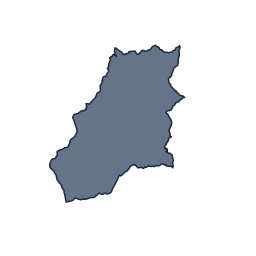 Vintileasca, Vrancea, Romania (orthographic projection), rotated 308°
{"feature_id": "2599482B81122424257494", "entity_name": "Vintileasca", "entity_type": "district", "adm_level": 2, "iso_a3": "ROU", "parent_name": "Romania", "parent_adm1": "Vrancea", "projection": "orthographic", "projection_center": [26.718, 45.626], "detail": "fine", "context": "isolated", "style": "filled", "palette": "slate", "viewbox_px": 256, "rotation_deg": 308, "n_neighbors": 0, "source": "geoboundaries", "source_scale": "gbopen_adm2", "svg_char_len": 5840}
<svg xmlns="http://www.w3.org/2000/svg" viewBox="0 0 256 256"><g transform="rotate(308 128 128)"><path d="M124.2,187.5L125.1,187.3L125.7,187.3L125.8,187.0L125.7,186.8L126.6,186.2L127.1,185.5L128.3,184.5L130.2,183.8L131.6,181.9L133.9,179.4L133.8,176.2L132.7,174.6L132.8,173.4L132.6,172.6L133.5,172.6L133.9,173.3L135.1,172.3L134.6,171.7L134.5,170.3L135.6,170.7L134.9,168.8L135.0,168.6L135.5,168.2L136.8,168.1L137.5,168.4L138.9,167.9L139.3,168.2L140.0,167.6L140.4,167.7L143.3,167.5L143.5,167.4L143.9,166.9L144.5,166.6L145.3,166.5L146.6,167.1L146.8,167.0L147.4,167.5L147.7,167.3L147.6,167.0L147.8,166.3L147.7,165.9L148.9,165.1L151.4,162.0L152.3,161.5L152.8,161.3L156.7,160.5L156.8,160.2L157.0,160.0L157.6,160.0L157.8,159.7L158.7,159.5L160.4,157.8L160.5,157.7L160.6,157.4L161.1,156.6L161.2,156.0L161.5,155.3L161.8,153.9L162.4,153.1L162.8,151.8L163.2,151.3L163.4,150.8L163.4,150.6L163.2,150.0L163.5,149.0L163.5,148.7L164.0,148.6L164.3,148.3L165.0,148.0L166.2,148.9L167.0,149.2L167.2,149.4L167.2,149.8L167.2,150.0L168.3,150.6L169.1,150.9L169.6,150.7L170.1,150.9L170.5,150.6L171.4,150.4L172.6,149.8L173.5,150.2L174.8,150.6L175.0,150.6L175.7,150.1L176.5,150.5L177.5,150.2L178.1,150.2L178.4,150.5L179.0,151.3L179.4,151.5L180.7,151.8L182.7,151.8L183.3,152.5L183.7,152.6L185.1,152.6L186.1,153.1L186.3,153.5L186.6,153.5L186.9,153.6L187.1,152.6L187.1,151.8L186.2,149.9L185.8,148.9L185.7,148.4L185.8,147.7L186.1,147.0L186.0,144.9L186.9,143.6L186.1,142.9L185.9,142.5L186.4,142.1L186.6,141.6L186.7,140.5L187.0,139.1L186.9,138.3L187.3,137.2L187.1,136.4L187.1,136.1L187.3,135.7L188.1,135.2L188.6,134.7L188.7,134.4L188.7,132.7L189.9,131.3L191.7,129.6L192.2,129.4L192.7,129.4L193.4,129.9L193.8,130.0L194.1,130.0L194.5,129.7L195.6,130.2L195.9,130.2L196.9,129.7L198.0,128.8L198.4,128.7L199.0,128.8L200.3,128.2L201.1,128.1L202.4,127.6L203.0,127.5L203.8,127.3L204.6,127.6L205.8,127.7L206.7,128.1L207.0,128.1L207.5,128.5L207.8,128.6L208.6,128.0L210.7,127.4L211.2,126.7L211.6,126.3L212.9,125.6L213.2,125.2L213.8,124.9L217.1,123.5L218.7,122.2L218.9,121.7L219.6,121.2L220.0,120.6L220.6,120.3L221.5,120.3L224.0,119.0L224.4,118.0L223.5,118.1L221.0,116.5L219.6,116.8L218.1,116.8L216.9,116.1L216.5,115.9L215.6,116.0L215.0,115.9L212.6,113.8L212.1,113.0L212.0,112.6L210.5,110.6L210.1,109.7L210.2,108.4L210.1,107.7L210.2,106.8L210.4,106.4L210.4,106.0L209.5,105.1L209.4,104.8L209.5,104.2L210.3,103.5L210.5,102.5L210.4,101.4L209.9,100.4L210.1,98.7L207.5,97.3L205.7,97.1L203.9,97.4L203.5,97.3L202.2,96.1L200.1,95.3L199.5,94.8L199.1,94.3L198.6,92.6L198.1,91.5L194.3,91.0L192.6,91.0L191.8,89.2L192.9,86.3L191.5,84.6L190.6,83.6L190.2,83.1L188.7,81.9L187.9,81.9L187.4,82.3L185.6,81.2L185.4,80.6L183.8,80.4L183.6,80.2L183.6,79.5L183.4,78.1L183.4,77.2L183.9,76.4L183.5,72.7L183.5,69.5L183.1,68.5L180.3,70.2L179.9,70.2L179.3,71.1L178.4,72.9L177.9,73.7L177.5,74.5L177.3,74.3L177.5,73.2L177.4,72.9L177.1,72.5L177.2,71.3L176.1,71.1L174.8,71.4L174.6,71.3L174.0,70.8L173.6,70.7L172.7,71.1L172.3,70.4L172.0,70.3L171.8,70.4L171.5,71.7L171.3,72.1L170.0,72.4L169.7,72.6L169.2,72.7L168.6,73.0L167.5,73.0L166.4,73.7L165.6,74.0L165.4,74.3L163.5,75.1L162.0,75.4L162.0,76.4L161.9,76.7L161.1,77.5L160.1,78.0L158.9,77.9L156.5,78.3L155.8,78.6L154.2,77.9L153.3,77.3L151.4,77.4L149.8,78.5L149.5,78.4L148.8,78.7L148.7,78.9L147.2,79.9L146.5,80.0L144.9,79.8L144.3,79.9L143.4,80.5L143.0,81.4L142.8,81.6L141.6,82.2L141.2,82.8L139.7,83.4L136.3,82.3L131.7,83.6L126.7,83.0L124.3,83.1L123.3,82.9L121.9,80.8L121.5,80.0L121.4,80.0L120.9,80.7L120.0,81.6L119.4,82.5L119.2,82.3L118.6,82.6L118.0,82.6L117.9,83.1L117.4,83.3L117.0,83.2L116.5,82.9L116.3,82.9L116.3,83.0L115.8,83.2L115.4,82.8L115.0,82.9L114.9,82.7L114.4,82.5L113.5,81.2L113.1,81.3L111.7,80.2L110.8,80.3L109.6,79.8L108.9,79.7L108.3,79.4L106.2,77.7L105.4,77.3L104.2,77.3L102.5,77.9L102.0,78.2L101.2,79.8L99.4,82.7L98.1,84.4L96.7,86.9L95.3,88.6L93.5,90.2L93.0,90.5L92.1,90.7L90.8,90.7L89.1,91.1L88.0,91.2L86.7,91.0L84.7,90.3L83.0,90.1L82.0,90.4L80.2,91.3L76.1,92.4L74.7,91.5L73.7,90.4L73.2,90.1L70.2,89.2L69.0,87.8L65.9,86.6L63.8,88.2L63.2,89.0L62.3,89.1L61.5,89.0L60.9,89.0L59.8,89.5L58.2,88.7L57.9,88.3L57.5,88.1L57.0,87.6L56.4,87.4L55.2,87.4L51.9,88.4L50.5,89.2L50.4,89.7L49.2,90.4L49.0,91.6L48.7,92.0L48.6,92.7L48.4,94.2L48.2,96.3L48.1,96.8L47.8,97.3L47.2,97.7L47.1,99.4L46.4,100.6L44.3,103.0L43.6,104.0L42.6,107.3L42.2,109.6L41.8,110.8L40.1,113.1L39.7,114.5L39.2,116.5L38.4,116.7L37.6,117.6L37.0,118.7L36.1,119.5L36.0,120.1L34.8,121.1L32.7,123.6L31.6,125.1L32.5,125.5L34.1,127.0L37.2,129.2L37.8,129.2L39.0,129.1L39.4,129.2L40.3,129.8L40.8,130.5L41.1,131.9L41.5,132.7L42.3,134.8L42.6,135.2L44.0,136.1L46.0,138.7L48.7,140.6L49.7,141.0L50.0,141.2L51.0,142.5L51.3,143.1L52.2,143.5L53.6,144.5L53.8,144.4L59.0,145.3L58.9,145.8L59.1,146.6L59.5,147.9L60.8,149.3L62.2,149.6L63.0,151.3L63.0,152.1L63.9,152.9L65.0,153.4L65.6,153.8L66.0,153.9L66.2,154.2L68.1,154.0L71.1,153.0L73.3,152.9L80.5,151.4L83.2,150.7L83.8,150.5L85.6,150.4L85.5,151.0L85.7,151.7L87.2,152.3L89.1,152.3L90.7,152.8L92.0,152.7L92.6,153.1L93.1,153.2L93.8,153.5L93.9,153.9L94.1,154.0L94.7,153.6L96.2,153.9L97.7,153.7L98.6,153.3L99.5,153.4L100.6,154.1L102.3,154.7L102.7,155.3L102.8,156.2L103.2,156.4L103.3,156.8L102.8,159.7L102.9,160.6L103.6,161.3L104.8,162.1L105.1,162.5L105.3,163.7L105.5,164.1L105.4,164.5L105.8,165.1L106.2,165.2L107.0,165.1L107.6,165.1L107.7,165.8L108.0,166.3L108.7,166.7L109.2,166.9L109.9,167.4L111.2,167.4L111.0,168.3L111.3,168.7L111.5,169.5L111.9,169.9L113.2,170.6L113.3,170.8L113.2,171.1L113.3,171.6L113.4,171.9L113.9,172.5L116.1,173.5L116.3,173.7L116.4,174.2L116.4,174.6L117.6,175.9L118.2,176.2L119.6,176.4L120.8,177.1L121.3,177.8L121.3,179.1L121.5,179.4L122.4,180.0L122.2,180.3L121.8,180.6L121.7,181.0L121.9,182.1L122.8,183.0L122.9,184.0L123.8,184.9L124.3,185.1L124.5,185.3L124.5,186.7L124.2,187.2L124.2,187.5Z" fill="#64748b" stroke="#1e293b" stroke-width="1.5"/></g></svg>